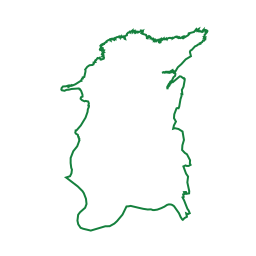 Waterford City East Lea-6, Waterford, Ireland (orthographic projection), rotated 186°
{"feature_id": "5873133B90521383760938", "entity_name": "Waterford City East Lea-6", "entity_type": "district", "adm_level": 2, "iso_a3": "IRL", "parent_name": "Ireland", "parent_adm1": "Waterford", "projection": "orthographic", "projection_center": [-7.041, 52.202], "detail": "fine", "context": "isolated", "style": "outline", "palette": "green", "viewbox_px": 256, "rotation_deg": 186, "n_neighbors": 0, "source": "geoboundaries", "source_scale": "gbopen_adm2", "svg_char_len": 5850}
<svg xmlns="http://www.w3.org/2000/svg" viewBox="0 0 256 256"><g transform="rotate(186 128 128)"><path d="M76.6,181.9L77.1,182.5L76.9,182.9L77.5,183.4L77.8,183.0L80.6,184.7L81.9,184.8L88.3,178.2L89.7,178.2L90.2,176.7L91.0,176.0L91.2,174.6L92.7,172.6L92.8,170.7L93.3,172.8L91.8,176.5L91.1,176.9L90.8,178.5L89.3,179.7L88.1,183.2L86.6,184.8L86.5,186.8L86.9,187.5L88.4,187.6L89.1,188.4L90.1,188.8L90.4,188.1L92.5,187.2L95.8,187.3L97.4,186.8L98.4,187.1L99.9,186.4L98.6,187.3L97.6,187.2L96.2,187.9L92.5,188.2L89.7,190.3L89.4,189.5L88.3,189.4L87.7,188.9L86.7,189.4L84.8,193.6L81.6,197.1L77.8,202.3L72.9,206.0L74.4,210.1L74.0,211.5L72.7,212.4L69.9,216.2L68.2,217.1L67.4,218.1L66.2,218.6L65.8,219.2L64.7,219.3L64.5,219.9L64.9,220.1L63.3,221.1L62.4,223.0L61.6,222.8L61.1,223.8L60.4,224.1L60.5,225.0L60.0,224.6L60.4,225.1L60.9,224.9L60.7,225.6L61.4,225.2L61.9,225.3L61.3,226.4L61.9,226.7L61.3,227.1L61.6,228.6L60.4,230.1L60.3,231.1L59.6,231.3L59.3,232.2L59.8,232.2L59.6,233.1L60.1,233.4L61.1,233.5L61.3,233.1L61.4,233.6L62.4,233.7L62.6,232.9L63.0,232.7L62.8,233.3L63.1,233.3L63.6,232.6L63.5,233.2L63.9,232.7L63.9,232.0L63.5,232.1L63.7,231.5L64.4,231.2L64.9,231.6L66.0,231.5L66.5,232.0L67.1,231.5L68.3,231.5L68.7,231.7L67.8,233.1L68.3,232.7L68.0,233.9L69.6,232.7L69.6,233.9L69.9,232.7L70.4,233.5L71.0,232.7L71.0,231.9L71.9,231.3L72.4,230.4L77.5,228.5L77.6,227.9L77.1,227.6L77.9,226.5L80.6,224.5L80.5,224.8L81.1,225.1L81.6,224.4L81.3,224.1L82.6,222.9L83.5,223.2L82.7,223.9L82.9,224.6L85.4,222.8L86.4,222.9L86.5,223.4L87.1,222.9L87.3,223.2L87.5,222.9L88.2,223.1L88.5,224.0L89.5,224.0L89.8,223.5L90.4,223.6L92.3,222.2L92.2,222.5L93.1,222.5L94.6,221.8L95.6,222.1L97.2,221.6L98.2,221.0L98.5,220.2L99.3,221.1L100.0,220.2L100.7,220.4L101.0,220.0L102.0,220.0L102.0,220.4L102.4,220.0L102.3,220.5L103.2,219.8L103.7,220.0L104.2,219.1L104.5,220.0L105.0,219.4L104.9,219.7L105.7,219.4L104.7,216.6L105.5,216.2L106.0,216.4L106.0,217.8L106.2,218.2L106.5,217.9L106.7,218.9L107.3,218.9L108.3,217.9L108.7,218.1L108.8,217.7L109.3,218.2L110.1,217.1L110.4,217.7L111.2,217.3L111.0,218.5L111.4,218.3L111.4,218.8L112.1,218.7L112.3,219.3L113.1,218.7L113.7,219.6L114.8,219.4L114.7,220.1L115.2,220.8L115.9,220.6L116.2,221.5L116.8,221.7L117.6,220.9L117.8,219.2L118.6,219.3L118.9,221.3L119.5,221.7L119.8,222.5L123.5,223.2L123.4,224.6L124.0,223.8L124.5,223.8L123.7,225.9L124.0,225.7L124.1,226.3L125.3,226.3L125.2,225.7L126.6,224.9L128.4,223.9L129.7,224.1L130.8,223.2L131.4,224.0L131.1,224.4L131.7,224.1L132.1,224.5L131.8,225.3L132.5,225.1L133.0,224.4L133.0,225.1L133.7,225.1L133.7,225.5L135.0,224.2L135.3,223.3L136.0,223.9L136.2,223.4L136.7,223.6L137.1,223.0L137.9,222.8L138.9,221.4L138.8,220.1L140.5,219.3L140.8,218.1L140.1,216.2L140.8,216.4L141.8,218.2L142.5,218.0L142.7,218.5L143.9,217.4L144.4,217.5L144.5,218.1L144.9,217.5L145.2,217.8L145.3,217.1L145.8,217.8L146.1,217.6L146.2,218.1L146.8,218.0L147.4,217.4L147.3,216.9L147.7,217.4L149.0,217.0L149.9,215.8L149.8,215.3L150.4,215.6L150.5,215.2L150.8,215.7L151.4,215.0L151.1,215.7L151.7,215.4L152.0,214.8L151.8,214.4L152.6,214.6L152.9,215.1L153.4,214.9L153.2,215.2L154.0,214.1L153.7,215.1L154.2,214.4L154.2,214.8L155.0,214.5L154.7,213.7L155.3,214.1L157.4,212.9L158.5,211.9L158.3,211.3L160.3,209.9L160.5,209.0L161.1,208.8L161.0,209.3L161.8,208.6L161.9,208.0L162.4,207.8L162.3,208.4L163.1,207.3L163.0,208.2L163.3,208.0L164.0,206.9L163.1,206.5L163.1,205.9L164.2,203.2L163.3,201.9L163.7,203.4L163.0,205.2L161.6,204.8L161.3,205.6L161.4,204.2L162.6,203.1L162.1,202.2L160.8,203.0L160.0,202.8L160.7,201.8L159.9,201.0L160.3,200.9L160.3,200.2L160.9,200.1L160.6,199.4L161.3,199.6L161.7,198.5L160.8,197.8L160.1,197.9L159.8,197.1L160.8,196.4L159.8,196.2L159.2,195.4L159.4,194.4L162.1,193.1L162.6,193.3L162.7,194.3L163.7,194.9L164.5,194.2L165.6,194.4L166.8,192.2L167.4,192.1L167.9,190.9L167.3,190.2L168.8,189.6L168.5,189.3L169.0,187.7L169.5,187.7L169.9,187.0L172.8,186.4L174.9,184.6L176.7,181.6L176.3,181.0L176.2,179.6L176.8,174.2L178.3,173.6L178.1,172.5L178.9,172.2L179.4,171.0L179.2,170.0L180.1,169.8L184.9,166.0L187.6,164.5L187.8,164.7L188.7,164.1L189.0,164.6L190.1,163.7L190.0,164.0L190.4,164.2L191.1,163.2L191.5,163.7L192.0,163.2L192.2,163.8L194.0,163.0L197.0,162.5L198.2,160.8L198.3,159.2L197.7,158.6L195.0,158.4L193.2,159.5L190.9,159.9L188.3,160.9L181.0,162.2L180.3,161.4L179.9,161.6L178.5,160.0L176.8,156.5L176.5,154.5L178.0,153.6L178.2,152.1L176.7,150.9L174.0,150.0L173.0,150.5L170.4,150.2L169.5,148.4L169.8,146.2L169.2,146.1L169.1,145.0L169.9,142.4L169.9,139.8L171.3,133.9L175.2,125.6L178.7,120.6L179.8,120.1L179.6,119.5L180.0,118.3L179.7,117.5L179.2,116.9L177.2,116.0L176.6,114.1L176.0,113.8L176.1,113.1L175.3,112.3L175.4,111.2L175.0,110.8L176.6,104.5L180.0,99.2L181.9,92.2L181.4,87.2L180.3,82.5L179.4,80.7L179.5,77.0L180.6,74.0L184.4,72.3L171.8,64.6L166.6,60.4L165.1,58.5L162.4,53.2L161.3,48.1L162.3,44.2L166.9,39.2L168.5,36.5L168.6,30.6L167.4,27.0L164.7,23.8L162.0,23.1L154.3,22.1L140.3,27.9L136.0,28.4L131.6,31.5L129.2,34.2L124.4,41.3L121.3,49.8L119.2,50.2L117.2,50.8L111.7,50.1L109.4,49.8L104.3,49.2L99.8,49.0L96.7,49.5L94.7,49.0L93.4,49.1L90.3,49.9L86.3,51.9L84.7,52.9L83.8,53.4L82.8,54.2L82.1,54.8L81.1,55.6L79.4,56.3L77.2,56.4L75.7,56.0L75.4,55.8L74.0,55.0L68.4,48.6L66.3,44.9L64.6,42.8L63.9,42.4L62.3,44.4L60.1,45.9L61.2,49.2L59.5,48.6L57.7,49.7L59.1,52.3L60.5,53.9L64.6,61.8L66.5,64.7L65.4,65.3L66.2,67.7L64.7,68.3L65.6,70.1L63.7,70.4L62.8,68.7L60.4,69.4L60.5,71.6L63.3,80.1L63.2,86.0L65.5,88.7L68.9,95.6L66.8,96.8L65.7,96.4L63.8,96.6L61.9,97.9L62.8,99.3L62.9,102.4L66.6,108.0L68.9,109.2L71.9,111.8L72.1,116.5L71.1,121.9L73.4,130.2L77.7,132.3L81.4,132.7L83.0,132.0L82.6,135.4L81.0,139.4L83.3,142.6L83.4,146.5L81.8,152.6L81.1,153.0L79.8,152.9L79.3,154.6L78.8,162.2L78.1,165.4L78.4,167.4L77.5,167.4L78.4,171.5L77.1,174.8L76.6,181.9ZM130.6,224.5L130.1,224.8L130.5,224.8L130.6,224.5Z" fill="none" stroke="#15803d" stroke-width="2"/></g></svg>